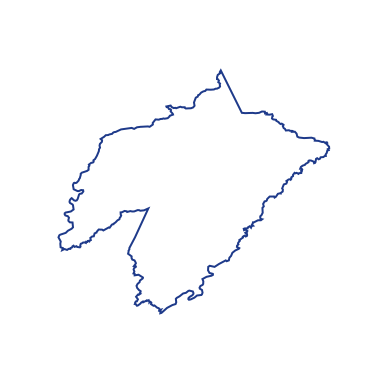 Cavalcante, Goiás, Brazil (Equal Earth projection), rotated 239°
{"feature_id": "56859067B42451354994867", "entity_name": "Cavalcante", "entity_type": "district", "adm_level": 2, "iso_a3": "BRA", "parent_name": "Brazil", "parent_adm1": "Goiás", "projection": "equal_earth", "projection_center": [-47.734, -13.642], "detail": "fine", "context": "isolated", "style": "outline", "palette": "blue", "viewbox_px": 384, "rotation_deg": 239, "n_neighbors": 0, "source": "geoboundaries", "source_scale": "gbopen_adm2", "svg_char_len": 6031}
<svg xmlns="http://www.w3.org/2000/svg" viewBox="0 0 384 384"><g transform="rotate(239 192 192)"><path d="M221.9,54.2L217.2,54.0L215.5,52.5L212.3,50.9L210.4,52.4L209.0,50.8L208.8,53.3L206.7,55.1L206.8,56.9L205.9,58.4L206.5,58.9L206.3,60.7L207.0,61.6L207.0,62.8L205.5,63.0L205.0,65.1L204.0,65.3L202.3,67.4L202.6,68.3L203.9,68.8L204.9,70.0L204.6,71.7L204.8,72.5L204.1,74.0L203.0,74.8L203.9,75.6L203.1,76.6L203.7,77.5L203.4,78.2L202.5,78.6L203.1,79.6L202.9,80.5L205.0,81.2L205.3,83.6L204.6,85.0L206.7,87.2L206.4,89.3L207.0,89.9L207.9,92.7L206.0,95.6L204.7,96.2L204.5,102.4L203.8,103.0L205.2,106.3L205.3,107.1L204.8,108.1L205.2,108.6L205.3,110.7L206.1,113.6L206.0,115.7L207.1,116.8L207.6,118.2L208.5,119.3L209.2,119.2L211.3,120.3L210.7,121.6L210.5,124.4L209.1,126.1L208.3,126.1L207.4,129.3L206.1,130.7L205.1,132.5L204.5,136.0L203.7,137.3L202.6,138.0L201.0,141.4L200.4,146.1L182.5,119.8L176.2,109.4L175.1,108.8L174.3,107.3L173.5,106.9L172.0,105.4L167.9,107.1L166.6,106.2L164.8,106.0L163.0,107.5L160.5,107.4L159.7,107.1L158.4,104.1L157.4,105.5L156.8,105.4L156.5,103.0L155.6,102.0L153.6,101.7L152.3,99.9L151.5,100.7L150.1,99.9L148.6,103.6L144.0,105.9L143.3,105.3L142.9,101.7L141.7,100.6L141.3,98.1L140.1,96.1L138.0,95.6L135.0,96.1L133.7,96.9L132.9,96.6L132.0,94.8L131.4,95.2L131.3,93.3L131.9,92.8L131.0,90.1L127.9,90.4L126.7,88.5L127.1,87.5L126.5,86.3L125.9,86.1L125.4,85.3L124.5,86.1L122.9,86.2L122.6,87.0L122.9,90.3L123.4,91.4L123.4,93.5L122.6,93.4L122.4,96.6L121.9,97.0L122.3,97.7L121.5,98.3L121.5,99.1L120.7,98.9L120.1,99.3L119.3,98.7L119.4,99.6L118.6,100.1L117.9,100.1L117.0,99.1L114.3,100.4L114.1,101.4L110.7,102.6L109.6,103.6L108.4,103.9L107.5,103.0L107.1,104.7L106.4,103.2L105.9,103.6L104.4,102.4L104.1,103.6L105.5,110.9L105.2,117.0L104.4,120.2L105.6,121.7L108.7,123.1L109.1,124.4L109.0,127.6L109.6,132.1L108.7,134.9L109.1,138.0L108.8,139.0L106.3,141.5L104.7,141.2L104.0,140.8L103.3,139.2L103.3,136.1L102.9,134.4L102.1,133.7L101.2,133.9L100.6,135.6L100.2,139.7L100.7,143.0L98.9,147.0L99.2,147.9L100.3,149.2L102.9,150.1L105.1,148.9L106.1,149.2L107.1,150.9L106.9,153.2L107.4,154.2L109.6,155.7L112.0,156.1L111.8,160.8L110.2,165.6L110.2,167.3L111.1,167.7L113.6,165.3L116.6,165.4L119.5,167.4L119.6,169.2L116.2,172.8L116.4,178.1L116.0,185.7L114.8,186.1L114.4,188.4L116.4,190.2L117.1,192.6L119.1,195.3L119.6,199.0L119.2,202.9L119.5,203.6L121.8,202.2L122.8,203.0L123.2,204.8L124.1,204.9L124.7,205.5L125.5,207.8L126.4,207.8L126.7,212.2L127.4,212.4L127.6,213.4L127.4,214.9L126.3,215.0L126.0,216.2L126.7,217.1L128.7,217.8L128.9,216.8L129.6,216.7L129.6,218.9L130.1,219.4L132.4,218.3L132.5,217.0L133.8,217.4L133.6,218.5L132.2,221.0L132.9,221.8L132.9,223.9L131.0,224.2L132.1,225.6L131.6,227.0L133.1,226.6L133.9,228.1L134.6,228.6L134.1,229.6L133.8,233.9L132.3,236.5L132.5,238.1L133.7,236.9L135.5,237.6L136.1,238.2L136.3,239.5L137.8,241.9L142.1,244.2L142.7,246.1L145.1,246.8L146.6,249.4L146.1,250.5L146.2,251.7L147.3,252.9L148.1,256.2L145.9,260.0L144.7,259.9L144.7,261.4L146.2,264.7L145.6,266.7L145.0,267.3L145.5,267.7L145.7,270.0L147.4,271.2L148.6,271.1L151.2,274.6L150.6,277.2L151.7,278.7L152.8,278.6L153.0,281.2L152.4,282.7L151.7,282.9L152.1,283.9L153.4,284.6L153.6,286.8L154.7,287.5L155.6,289.8L154.8,290.2L154.5,291.6L152.7,292.6L153.0,293.4L152.1,295.3L152.8,295.5L152.9,296.5L153.9,296.6L153.8,297.3L154.5,298.1L155.3,298.0L156.2,296.7L157.4,298.3L157.6,300.4L157.1,302.8L157.6,303.8L157.5,306.4L157.7,307.4L158.5,307.6L158.7,308.7L157.7,310.2L155.3,312.0L153.8,311.5L153.6,312.6L154.0,313.2L156.5,315.4L156.5,316.7L154.8,317.4L154.6,318.7L155.5,320.1L154.3,322.6L154.5,324.3L154.0,325.3L155.3,325.8L156.1,327.6L157.9,329.4L157.5,330.6L158.8,330.6L158.6,332.0L160.2,332.8L164.4,332.0L164.4,333.2L165.1,333.2L165.5,332.5L165.3,331.5L167.3,330.6L167.8,329.3L170.7,326.7L172.7,323.8L173.1,324.3L173.9,324.0L174.8,324.5L177.0,322.4L180.5,315.8L183.5,311.9L185.2,310.8L188.2,311.7L190.7,311.2L192.1,308.7L192.7,309.4L194.1,307.4L195.0,306.9L196.4,304.1L198.2,304.2L199.6,303.5L201.8,303.8L201.9,304.5L202.5,305.1L204.4,304.1L204.6,303.0L205.8,302.4L207.3,302.2L209.7,300.9L210.6,301.2L212.4,299.0L213.8,298.4L215.2,299.6L215.5,300.5L217.4,300.8L218.4,298.2L220.0,295.9L220.5,296.8L221.2,296.9L221.8,295.1L223.3,295.8L224.6,294.0L225.0,293.3L225.3,290.3L226.8,287.0L228.6,284.7L232.2,278.2L234.2,275.5L281.4,279.3L280.4,277.5L279.3,277.3L279.1,274.4L277.5,272.6L275.9,271.6L275.3,272.3L273.5,272.4L272.6,271.1L270.5,271.9L269.8,271.1L268.0,270.4L267.5,269.1L267.7,266.7L268.4,265.4L268.6,263.6L270.0,260.8L272.4,257.1L271.8,255.5L272.4,253.5L272.5,251.0L271.6,248.3L271.9,247.3L270.8,246.0L270.9,243.8L267.7,239.8L264.6,238.6L263.9,236.5L264.3,234.3L266.8,229.7L267.8,229.2L268.4,229.4L269.8,227.0L271.1,225.9L272.0,221.5L272.7,221.1L273.4,219.5L275.4,218.3L277.1,218.2L278.5,214.1L277.8,214.0L276.6,215.1L274.9,215.0L274.0,216.2L273.1,216.3L272.1,215.2L269.0,215.8L268.1,215.6L268.8,212.2L268.3,211.6L267.8,209.2L268.9,206.3L269.8,205.3L270.0,204.1L270.8,202.6L271.1,200.8L273.0,198.1L271.4,193.9L270.0,193.2L269.7,189.3L270.9,188.0L274.4,181.4L275.8,178.2L275.9,174.9L278.0,173.3L282.2,163.4L282.8,157.5L283.4,156.2L283.5,154.9L283.0,153.5L283.9,150.8L284.0,149.5L285.1,147.3L284.6,145.2L284.5,141.0L282.7,141.6L281.4,140.6L280.6,137.8L279.3,136.6L277.4,136.0L276.5,134.3L275.0,133.2L272.0,129.1L270.2,125.9L269.9,123.8L268.6,123.3L268.3,122.2L268.9,120.6L268.6,117.7L267.4,117.6L266.8,116.3L264.3,114.8L264.1,112.9L265.3,107.5L265.1,106.6L264.8,105.8L264.1,105.6L261.5,102.8L261.3,102.0L260.2,100.7L259.4,97.9L259.6,96.9L260.5,95.9L260.5,95.2L259.3,93.5L255.3,92.0L251.7,94.4L251.1,95.4L250.8,98.0L249.6,99.6L248.4,99.1L247.5,96.7L248.2,94.9L248.0,93.9L244.9,90.4L244.2,88.9L244.5,87.6L245.6,86.6L248.7,85.7L248.6,84.7L247.9,83.1L246.6,81.9L245.4,81.8L242.8,83.2L242.0,83.2L238.0,81.5L237.7,78.1L239.5,73.0L239.3,71.9L238.3,71.3L237.1,71.4L235.2,73.1L233.3,73.3L231.6,71.5L230.7,71.2L228.9,71.7L227.4,73.9L223.0,71.8L222.5,69.9L222.7,65.7L222.0,62.7L223.3,57.0L223.2,55.9L221.9,54.2Z" fill="none" stroke="#1e3a8a" stroke-width="2"/></g></svg>